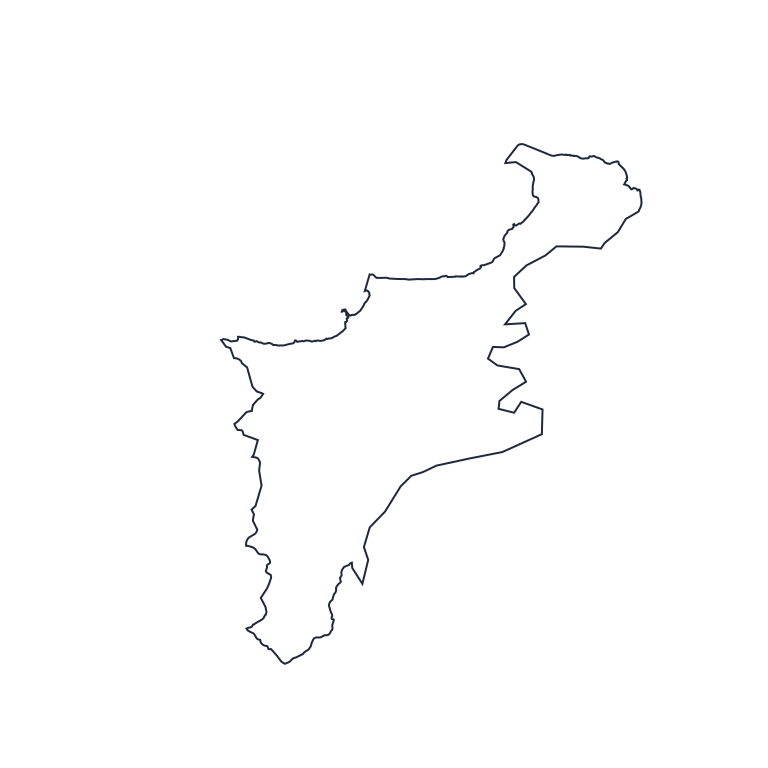 Sekondi Takoradi Metropolis, Western, Ghana, rotated 203°
{"feature_id": "2480657B3368374944964", "entity_name": "Sekondi Takoradi Metropolis", "entity_type": "district", "adm_level": 2, "iso_a3": "GHA", "parent_name": "Ghana", "parent_adm1": "Western", "projection": "robinson", "projection_center": [-1.732, 4.961], "detail": "fine", "context": "isolated", "style": "outline", "palette": "slate", "viewbox_px": 768, "rotation_deg": 203, "n_neighbors": 0, "source": "geoboundaries", "source_scale": "gbopen_adm2", "svg_char_len": 6146}
<svg xmlns="http://www.w3.org/2000/svg" viewBox="0 0 768 768"><g transform="rotate(203 384 384)"><path d="M415.0,105.1L413.1,103.9L409.7,103.5L407.3,103.5L405.8,103.1L402.1,100.3L400.7,99.7L398.0,100.1L396.6,98.0L394.6,96.9L392.5,96.5L390.5,96.7L389.5,97.1L388.7,96.9L386.9,95.0L386.0,95.0L385.0,95.7L384.2,95.8L376.9,92.3L370.2,88.5L368.4,88.0L367.1,87.8L365.8,87.8L363.1,90.6L362.3,91.7L360.5,95.9L357.9,98.2L353.1,103.8L352.7,105.5L351.6,107.5L349.8,109.8L348.9,113.9L349.4,117.4L349.3,121.3L348.8,122.9L346.8,124.6L344.3,125.4L343.1,126.3L340.8,129.3L338.5,130.4L336.9,131.8L336.3,133.8L336.3,135.5L335.7,137.7L335.9,138.9L337.4,141.8L337.8,146.5L338.3,147.6L340.1,147.2L340.9,148.1L341.1,148.9L340.9,150.1L341.7,151.4L344.7,154.3L348.3,158.8L348.6,161.3L348.3,163.1L347.2,165.2L347.9,170.7L347.2,173.3L347.4,175.4L348.4,177.3L348.5,179.3L347.7,182.3L347.0,183.2L346.6,184.5L346.6,185.3L348.5,187.8L348.7,188.5L348.2,191.3L349.7,193.9L350.0,196.4L349.2,200.2L348.4,200.8L347.3,202.1L345.7,203.4L344.9,205.9L343.8,207.0L341.4,202.3L325.8,191.6L329.8,215.9L338.8,226.1L341.1,246.5L333.2,266.9L328.7,296.2L323.0,310.2L314.0,317.9L303.8,329.4L276.7,348.5L248.5,367.6L219.1,399.5L228.1,422.5L250.7,421.2L253.0,408.4L268.8,405.9L271.1,413.5L263.2,428.9L254.1,441.6L265.4,450.5L286.9,445.4L298.2,448.0L298.2,460.7L288.0,464.6L277.8,474.8L269.9,486.2L277.8,495.2L295.9,486.2L291.4,502.8L284.6,513.0L301.6,523.2L306.1,533.4L299.3,548.7L285.7,565.3L279.0,578.1L254.1,588.3L237.2,593.4L236.1,599.8L228.1,615.1L225.9,630.4L217.1,642.2L217.0,642.6L217.2,643.8L216.9,646.9L217.4,650.6L219.8,655.5L221.4,657.6L223.0,660.7L224.1,662.0L224.8,662.6L225.8,662.3L225.9,661.5L226.3,661.2L226.8,661.7L228.1,662.3L230.9,662.0L231.6,660.4L232.5,659.8L233.4,660.5L233.7,660.5L236.1,661.8L237.2,661.9L240.9,661.6L240.7,662.3L240.8,663.1L240.6,663.5L240.7,663.8L240.5,665.7L240.0,666.5L240.4,667.6L241.1,668.0L240.9,668.7L241.3,669.9L244.6,673.8L246.2,674.9L247.5,675.7L253.8,678.1L254.6,679.6L255.2,680.1L255.9,680.2L256.8,679.5L257.1,679.6L260.4,676.9L262.0,674.9L263.8,674.4L264.1,674.5L264.5,674.2L266.4,674.3L266.9,674.1L270.2,675.8L272.3,675.7L273.1,676.0L275.1,676.0L275.3,675.8L277.4,675.6L279.8,676.0L281.6,674.5L283.6,673.9L284.0,673.2L283.9,671.9L284.7,671.3L286.3,670.7L288.6,669.3L291.2,668.6L292.5,668.9L292.9,668.8L293.3,669.1L296.4,669.1L297.9,668.2L298.9,667.9L299.1,668.1L301.0,667.5L301.3,667.2L301.9,667.1L302.3,667.4L302.5,667.1L303.3,667.1L305.5,666.1L305.7,666.3L306.3,665.9L310.3,664.6L314.7,661.9L316.6,660.4L318.8,659.7L348.4,659.2L350.5,658.9L352.9,657.5L354.1,655.8L358.8,638.0L358.6,634.8L349.3,639.8L331.4,637.0L330.3,636.1L329.7,635.1L327.4,633.4L326.5,632.3L326.1,631.2L325.5,630.2L325.5,628.8L324.3,623.7L323.0,621.2L323.0,620.6L322.5,619.2L320.8,616.0L319.3,615.2L316.9,615.6L315.3,615.5L314.0,614.3L312.7,611.4L313.3,609.8L313.3,608.7L314.4,604.8L314.5,603.5L315.1,600.7L315.6,599.6L316.3,596.4L318.2,590.9L318.7,590.2L318.6,589.5L319.5,587.5L321.0,584.8L321.9,584.8L322.5,584.2L324.1,581.7L325.6,581.1L326.6,582.1L327.3,581.3L326.4,580.0L326.1,578.6L326.5,578.2L326.7,576.8L329.3,574.7L329.9,573.5L330.0,572.3L329.6,571.8L330.9,567.6L330.8,563.8L329.7,562.4L328.4,561.5L327.7,559.6L327.0,557.5L327.1,556.1L326.7,555.7L326.7,552.7L327.5,547.8L331.5,542.8L332.0,538.5L334.7,535.7L335.6,535.1L336.4,534.1L337.6,533.3L338.2,532.6L340.8,531.2L341.3,530.2L340.5,529.8L340.4,528.9L340.8,527.9L343.4,524.6L344.0,523.4L345.0,522.2L344.8,520.9L346.2,520.6L349.1,518.1L350.8,515.3L353.1,513.7L353.8,513.8L354.6,513.2L355.1,513.1L355.6,512.6L356.2,512.7L356.9,512.2L360.2,511.1L360.5,510.5L367.0,507.4L367.6,507.4L368.5,507.9L369.3,507.8L370.0,507.4L370.3,506.8L371.8,506.2L372.9,505.4L374.9,503.0L378.1,500.5L385.0,497.6L388.7,495.8L393.9,493.8L402.1,489.7L405.1,489.0L412.2,486.1L420.5,483.1L422.6,483.0L432.2,478.8L434.1,479.3L436.0,480.3L437.4,480.4L439.6,479.0L440.0,479.1L438.0,462.1L437.0,463.0L435.7,463.5L433.7,462.6L432.9,461.8L432.7,461.0L431.8,460.1L432.0,455.6L432.5,452.8L433.1,451.8L433.5,450.4L433.4,448.4L434.4,442.5L436.7,438.0L438.2,435.9L438.8,436.0L441.0,434.7L441.6,433.8L443.3,434.0L446.9,435.9L448.6,437.5L449.9,436.9L451.2,435.7L451.2,434.0L450.9,434.0L449.6,436.1L446.8,435.2L446.2,433.7L445.3,432.5L443.1,431.9L442.8,431.1L443.9,429.6L442.7,427.9L442.9,426.2L443.8,425.9L443.4,424.4L442.7,423.4L442.2,422.2L441.1,420.4L442.6,416.6L446.4,409.9L448.1,408.3L450.2,405.6L452.4,404.4L453.9,403.2L454.7,403.3L455.9,401.2L458.2,399.5L459.8,398.6L462.0,398.3L463.6,396.7L464.5,396.9L465.2,396.1L467.1,394.8L469.1,394.8L472.9,393.6L474.4,392.0L476.2,391.6L480.4,388.9L482.1,389.7L482.7,389.5L483.0,388.3L482.8,387.3L483.6,385.9L486.8,383.8L491.2,380.4L496.8,377.9L497.9,377.9L501.1,376.7L502.0,376.7L502.7,377.1L505.6,377.0L506.6,376.6L507.1,375.9L510.1,374.1L514.0,374.0L515.0,373.5L516.6,373.4L518.0,373.7L519.7,372.3L520.8,373.0L522.2,372.9L523.0,372.6L531.3,372.2L532.5,371.6L535.1,371.1L536.8,370.4L536.2,369.5L535.9,367.8L536.0,366.6L541.4,363.4L545.3,363.6L549.3,362.6L551.1,360.9L544.0,356.6L539.5,357.0L532.2,349.2L529.4,350.1L526.8,350.0L524.4,349.2L522.9,347.6L516.5,345.8L504.0,330.1L498.2,327.4L497.9,327.6L496.2,327.5L493.3,327.8L491.4,327.7L492.3,323.1L494.1,320.5L496.4,313.6L495.7,309.5L495.1,307.5L497.8,305.9L499.7,304.2L504.0,292.4L506.1,288.7L504.1,286.7L500.8,284.5L497.0,285.8L495.7,285.3L493.3,282.3L478.2,283.1L476.3,268.0L476.9,265.4L472.8,266.4L470.8,266.2L467.6,263.6L466.1,259.2L465.7,257.3L465.0,255.3L457.0,242.6L454.6,221.5L456.8,216.6L452.8,213.2L451.7,208.2L451.2,206.8L443.7,200.4L443.6,197.7L444.1,195.8L448.0,190.4L448.9,188.5L449.1,185.1L448.4,182.4L447.5,181.1L446.4,181.8L441.0,182.4L437.9,181.7L433.9,179.2L432.5,178.8L430.9,179.0L428.7,179.9L426.1,180.5L424.8,180.2L423.3,179.4L420.3,177.1L419.2,175.5L419.1,174.3L420.7,172.2L420.9,171.2L419.9,169.1L419.8,165.8L419.2,165.1L417.7,164.4L413.9,164.1L412.9,163.0L412.2,161.4L411.7,154.9L411.8,150.2L413.8,138.9L406.0,132.5L403.2,128.4L402.8,126.9L402.8,125.2L403.2,124.8L403.4,121.6L404.1,119.8L409.2,113.0L409.6,112.0L410.6,111.3L410.8,109.0L412.2,107.5L413.8,106.4L415.0,105.1Z" fill="none" stroke="#1e293b" stroke-width="2"/></g></svg>